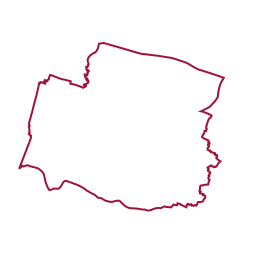 the district of Samraong, Takêv, Cambodia, rotated 103°
{"feature_id": "14789045B98729141665077", "entity_name": "Samraong", "entity_type": "district", "adm_level": 2, "iso_a3": "KHM", "parent_name": "Cambodia", "parent_adm1": "Takêv", "projection": "robinson", "projection_center": [104.774, 11.131], "detail": "fine", "context": "isolated", "style": "outline", "palette": "rose", "viewbox_px": 256, "rotation_deg": 103, "n_neighbors": 0, "source": "geoboundaries", "source_scale": "gbopen_adm2", "svg_char_len": 5733}
<svg xmlns="http://www.w3.org/2000/svg" viewBox="0 0 256 256"><g transform="rotate(103 128 128)"><path d="M50.6,171.2L51.3,172.1L51.8,173.7L52.3,175.1L54.6,175.2L57.3,175.2L60.3,176.1L62.2,177.4L63.8,179.5L66.0,181.2L67.6,182.2L69.6,182.6L71.3,182.6L74.7,180.7L75.5,181.2L76.0,180.7L76.5,180.9L77.0,181.0L77.6,181.3L77.6,181.9L77.8,182.5L78.4,182.4L78.6,181.8L79.2,181.9L79.8,181.8L80.3,181.7L80.7,181.3L80.5,180.8L80.5,180.2L80.9,179.7L80.9,179.2L81.4,179.0L81.9,179.6L82.1,180.1L82.6,180.1L82.9,179.5L83.8,179.6L84.2,179.9L84.7,179.7L85.2,179.5L85.8,179.5L86.1,180.1L85.8,180.8L85.6,181.4L85.4,182.0L85.9,182.3L86.3,182.0L86.8,181.6L87.4,181.6L88.5,180.7L88.5,180.1L88.7,179.5L89.0,179.1L89.3,178.6L89.8,178.9L90.2,179.5L90.7,179.2L91.0,178.6L90.7,178.1L90.7,177.5L91.2,177.1L91.7,177.2L92.3,176.9L92.9,177.0L93.3,177.5L93.8,177.9L94.1,178.4L94.5,178.9L94.8,179.6L95.5,180.6L96.1,180.7L96.2,180.1L96.0,179.6L95.8,179.0L96.1,178.4L96.7,178.5L97.2,178.9L97.4,179.5L97.9,179.5L98.2,180.0L98.4,180.5L98.9,180.9L98.7,182.0L98.5,183.0L98.3,183.9L98.3,184.5L98.1,185.2L98.0,187.1L97.9,187.8L97.9,188.6L97.8,189.5L97.8,190.2L97.6,190.8L97.8,191.3L97.8,192.1L97.7,192.9L97.7,193.5L97.8,194.2L95.4,194.3L95.3,195.0L95.2,200.0L95.3,204.2L94.2,212.0L93.9,213.6L93.8,215.7L94.8,216.0L95.8,216.1L96.5,216.2L97.7,216.2L98.4,216.1L99.1,217.1L99.8,217.0L100.4,217.1L100.3,217.8L100.2,218.3L100.0,219.9L100.8,220.0L101.3,220.0L101.9,220.1L102.0,219.2L102.1,218.6L102.6,218.7L103.5,218.8L103.4,219.6L103.3,220.2L103.1,221.0L102.9,221.4L102.8,222.2L102.8,222.9L103.4,222.9L103.8,223.4L103.7,223.9L103.7,224.6L114.7,224.5L116.9,224.5L120.9,224.7L125.9,224.9L134.5,225.0L136.0,225.2L138.9,225.2L146.1,225.6L147.5,224.7L147.9,224.3L148.3,224.8L149.2,224.9L149.7,224.4L152.7,223.5L153.2,223.3L153.8,223.1L154.6,223.3L154.8,222.7L155.3,222.8L156.4,223.1L156.5,222.4L156.9,221.9L157.4,221.5L157.3,220.8L157.8,220.7L158.4,220.7L159.3,220.4L160.4,220.4L192.2,224.9L190.7,223.8L189.5,223.0L188.6,222.4L189.1,221.4L188.5,220.4L187.5,218.9L186.8,217.1L187.3,214.4L187.3,210.8L187.6,206.5L189.4,202.5L191.7,199.8L195.3,198.0L199.5,196.0L204.2,192.7L206.1,190.7L205.7,189.4L204.4,187.4L203.6,186.6L203.3,184.1L202.7,181.9L200.0,180.2L195.5,178.9L194.1,177.9L193.4,176.7L193.8,172.3L194.4,167.9L194.7,165.1L195.7,160.9L196.6,157.7L197.4,155.7L198.2,154.3L198.5,152.7L199.5,150.2L200.1,147.4L200.8,144.8L202.0,142.9L202.7,141.3L202.5,139.7L202.4,138.2L203.0,136.5L203.8,133.9L203.9,132.0L204.0,129.1L203.5,126.7L202.5,124.9L201.6,123.0L200.8,120.7L201.3,119.0L202.7,116.9L203.9,114.9L205.0,112.4L205.5,110.3L205.6,108.1L205.1,104.5L204.5,101.4L204.4,98.8L204.2,95.9L203.7,93.4L203.8,92.1L203.9,89.5L202.7,87.0L201.4,85.3L200.1,83.1L199.8,82.5L198.9,79.9L198.8,78.3L198.4,77.5L197.4,76.5L196.1,74.7L196.4,73.1L195.8,69.7L195.7,68.1L192.4,66.5L192.4,64.5L192.3,63.3L192.1,62.8L190.2,62.8L190.3,59.8L190.9,59.4L191.0,58.6L192.1,53.3L189.4,53.3L188.6,52.8L188.3,52.2L188.6,51.7L189.3,50.8L188.6,49.8L188.0,49.3L188.2,48.9L189.3,48.2L188.8,47.6L189.0,47.0L189.1,46.4L188.2,45.9L188.1,45.2L188.2,44.2L187.7,44.3L187.2,43.8L186.9,43.3L186.4,43.2L185.8,43.5L185.3,43.5L184.3,43.1L183.9,41.1L183.5,40.2L183.3,39.7L183.2,39.2L182.3,38.4L181.8,38.3L179.8,38.0L179.4,37.4L179.0,37.0L178.3,37.1L177.7,37.3L177.2,37.4L176.5,37.9L176.6,38.6L176.6,39.8L176.0,39.8L175.5,39.7L175.5,41.2L175.5,42.0L175.5,43.3L174.9,43.4L174.3,42.9L173.7,42.9L173.3,43.2L173.3,43.8L173.2,44.3L172.3,44.2L171.6,44.2L170.5,44.3L170.0,44.4L169.5,44.7L169.0,44.6L168.3,44.3L167.8,44.3L167.5,43.7L167.4,42.7L167.0,42.4L166.4,41.0L166.1,40.5L165.9,40.0L165.7,39.5L165.7,38.8L165.2,37.7L165.0,37.1L164.4,37.2L163.9,37.2L163.1,37.2L162.6,37.3L162.0,37.1L161.5,37.1L160.1,36.8L159.9,37.5L159.5,38.0L159.0,38.3L158.3,38.5L157.8,38.5L157.1,38.1L156.6,38.0L156.1,38.0L155.9,38.6L155.4,38.3L155.0,38.5L154.4,38.3L154.0,37.8L153.6,38.1L152.9,37.9L152.7,38.5L152.3,38.8L152.1,39.4L152.1,39.9L151.4,40.7L150.8,40.5L150.4,40.2L149.9,40.0L149.5,40.6L149.3,41.1L148.8,41.6L148.2,41.2L147.7,40.9L147.4,40.4L147.1,39.8L146.7,39.4L146.2,39.2L145.7,38.6L146.2,37.5L146.5,36.9L146.6,36.4L146.9,35.7L146.3,35.4L146.4,34.6L146.2,33.8L145.3,33.5L145.0,32.9L143.7,32.6L143.2,32.5L141.6,31.8L141.2,31.4L140.2,30.7L139.7,30.4L139.5,31.1L139.0,32.5L138.7,33.1L138.3,33.7L138.0,34.2L137.7,35.1L137.3,35.3L136.6,35.0L136.1,34.6L135.3,34.7L135.1,35.5L134.4,35.5L134.7,36.1L134.6,37.0L134.4,37.5L133.9,37.3L133.5,37.5L133.0,37.5L132.8,38.1L132.9,38.8L132.9,39.7L132.9,41.7L132.1,41.7L132.1,43.0L131.4,43.3L131.4,44.1L131.7,44.6L131.4,45.3L131.0,45.7L130.2,45.7L129.4,45.9L129.0,45.6L128.4,45.4L128.1,44.9L127.2,44.8L126.8,45.2L126.8,46.0L126.4,46.3L125.5,46.3L125.1,45.4L124.8,45.0L124.3,45.4L124.1,46.1L123.6,45.9L123.5,46.5L122.9,46.5L122.5,47.0L122.0,46.9L121.9,47.5L121.7,49.1L121.4,49.8L121.3,50.3L121.3,51.0L121.1,51.6L120.8,52.2L120.6,52.9L120.0,53.9L119.4,53.8L118.9,53.7L117.9,53.4L117.2,53.4L116.8,52.8L115.5,52.6L115.0,52.6L114.4,52.7L113.5,52.7L113.5,52.0L113.4,51.4L113.0,51.6L111.9,51.2L111.4,51.0L110.8,51.3L110.5,51.9L109.9,51.9L109.3,51.9L108.8,51.8L108.3,52.2L107.7,52.1L107.1,52.0L106.2,51.8L104.8,51.8L104.1,51.7L103.6,51.6L102.3,51.5L101.8,51.4L100.9,51.2L100.3,50.9L99.4,50.1L98.6,49.7L98.0,49.4L97.5,49.2L97.0,49.5L96.8,50.3L96.6,50.8L96.4,51.6L96.4,52.5L96.0,53.0L96.0,53.5L95.9,54.3L95.9,55.0L95.7,56.0L95.5,56.7L95.4,57.9L95.2,59.0L95.3,60.6L88.8,52.8L85.7,51.3L83.5,49.9L81.1,48.8L77.8,47.5L74.5,47.9L70.7,48.2L67.2,48.1L64.3,47.9L61.5,47.2L58.8,46.4L57.6,45.9L57.2,48.7L56.3,57.7L55.5,67.0L55.2,72.1L54.6,75.1L51.7,84.2L51.1,86.9L50.8,90.5L50.1,97.2L49.9,101.4L50.9,115.1L52.2,127.4L52.7,131.3L52.6,135.6L52.1,143.9L51.6,152.4L51.0,163.8L50.6,171.2Z" fill="none" stroke="#9f1239" stroke-width="2"/></g></svg>